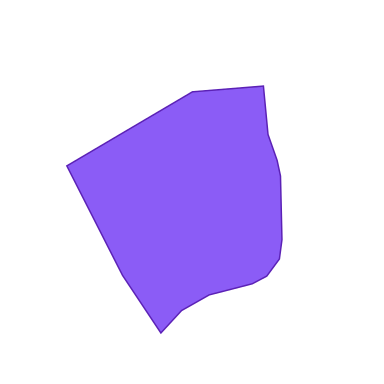 Maputo, Natural Earth projection, rotated 311°
{"feature_id": "MOZ-5854", "entity_name": "Maputo", "entity_type": "Province", "adm_level": 1, "iso_a3": "MOZ", "parent_name": "Mozambique", "parent_adm1": "", "projection": "natural_earth1", "projection_center": [32.591, -25.918], "detail": "fine", "context": "isolated", "style": "filled", "palette": "violet", "viewbox_px": 384, "rotation_deg": 311, "n_neighbors": 0, "source": "natural_earth", "source_scale": "10m", "svg_char_len": 347}
<svg xmlns="http://www.w3.org/2000/svg" viewBox="0 0 384 384"><g transform="rotate(311 192 192)"><path d="M318.8,176.4L285.3,211.6L271.7,235.5L262.1,248.3L215.0,291.2L198.8,301.9L177.6,303.6L162.3,297.7L125.7,272.5L95.7,261.9L65.2,261.0L83.5,194.3L129.6,80.4L267.9,126.6L318.8,176.4Z" fill="#8b5cf6" stroke="#5b21b6" stroke-width="1.5"/></g></svg>